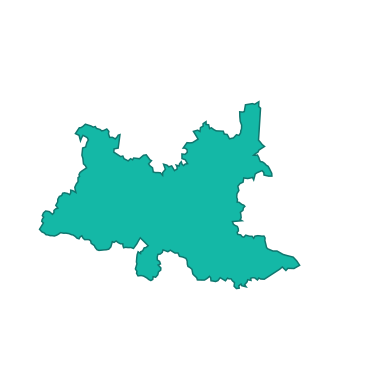 the district of Marau, Rio Grande do Sul, Brazil, rotated 211°
{"feature_id": "56859067B44475036687569", "entity_name": "Marau", "entity_type": "district", "adm_level": 2, "iso_a3": "BRA", "parent_name": "Brazil", "parent_adm1": "Rio Grande do Sul", "projection": "mercator", "projection_center": [-52.267, -28.487], "detail": "fine", "context": "isolated", "style": "filled", "palette": "teal", "viewbox_px": 384, "rotation_deg": 211, "n_neighbors": 0, "source": "geoboundaries", "source_scale": "gbopen_adm2", "svg_char_len": 4799}
<svg xmlns="http://www.w3.org/2000/svg" viewBox="0 0 384 384"><g transform="rotate(211 192 192)"><path d="M221.7,231.7L222.2,225.1L220.6,226.0L218.1,225.8L216.5,223.6L217.3,220.7L220.2,219.4L217.8,215.5L214.4,216.2L210.4,214.0L212.3,212.4L212.8,210.3L214.7,210.6L216.8,212.4L217.2,209.8L216.5,207.6L219.4,206.9L217.6,205.7L216.6,204.0L218.0,201.3L222.9,203.9L224.9,201.6L227.3,202.1L230.7,201.2L226.5,197.7L227.1,193.5L225.8,191.2L229.0,192.2L231.1,191.2L233.4,189.8L235.5,189.2L238.3,192.4L241.6,192.8L243.7,193.7L242.9,198.0L244.6,197.9L250.4,200.3L252.5,198.5L254.2,193.5L259.5,191.1L259.5,189.0L261.8,188.9L262.7,185.8L267.4,185.5L269.8,187.2L271.4,185.6L279.6,185.9L281.0,188.8L277.9,191.6L283.3,204.1L284.5,202.7L284.5,200.7L285.1,198.0L288.3,197.9L290.7,196.4L293.6,198.9L294.5,201.1L297.5,202.1L299.3,199.3L300.9,197.9L303.0,198.2L306.7,197.3L308.6,198.3L310.1,196.7L312.6,196.6L318.3,195.2L319.2,192.2L320.3,190.0L321.7,189.0L321.8,186.8L322.0,182.0L318.0,182.4L314.0,178.5L314.5,181.2L314.6,184.4L312.0,184.6L309.7,184.6L307.6,183.2L307.6,180.2L306.3,175.8L308.4,173.4L305.3,166.8L302.9,164.7L299.5,160.2L297.1,159.7L294.8,158.4L297.2,153.3L298.0,151.1L297.8,148.7L296.4,147.4L297.1,145.6L295.0,142.2L295.3,139.3L294.9,135.7L293.3,133.8L291.3,131.8L295.1,131.7L296.9,131.1L295.6,129.1L295.5,126.7L298.0,126.6L300.9,125.6L302.2,124.4L301.9,121.8L303.4,119.9L303.3,116.7L302.0,114.3L301.9,110.4L298.7,109.1L300.2,107.2L300.8,105.0L299.7,103.3L300.1,101.0L304.2,101.7L306.1,101.0L307.7,100.3L308.5,97.5L308.1,94.6L306.2,94.1L306.3,91.4L305.7,89.5L303.4,88.9L303.5,81.5L300.2,80.5L297.4,80.8L295.1,80.2L293.5,81.0L291.2,81.5L289.3,82.6L287.3,83.4L285.8,85.2L284.7,87.2L283.7,89.5L280.9,90.5L278.9,91.8L275.9,93.0L273.5,93.3L271.8,93.9L269.3,93.8L266.7,93.2L264.7,93.7L264.8,95.8L263.9,97.7L261.5,96.3L259.4,95.9L257.3,97.3L255.4,98.2L253.7,97.9L252.0,96.1L248.2,95.8L246.4,94.6L243.7,93.6L241.7,94.0L237.4,97.2L235.8,98.3L233.9,100.1L233.3,103.1L234.7,108.4L232.9,108.6L231.8,110.9L229.0,110.6L226.6,110.8L224.6,111.9L223.4,110.3L221.9,109.0L220.4,110.4L218.0,111.5L215.7,113.0L213.1,113.5L212.6,118.9L212.8,123.1L212.7,126.1L201.9,123.4L202.8,120.8L204.2,119.5L204.0,116.1L205.2,114.4L204.4,112.8L207.4,113.0L206.7,109.9L205.5,107.2L203.6,103.4L202.2,102.1L200.9,96.9L198.4,95.7L197.6,93.7L195.1,92.3L192.6,94.2L190.3,95.0L186.6,95.1L183.9,94.7L181.7,94.9L180.6,96.8L181.7,99.4L179.3,100.2L178.7,103.4L179.6,106.2L178.6,108.9L179.6,110.9L183.4,112.0L182.0,114.1L184.1,115.8L186.7,115.9L188.3,118.2L189.1,121.0L187.3,122.4L186.4,124.9L187.0,127.5L181.9,128.4L180.6,131.0L177.6,130.9L175.2,130.9L172.6,132.5L169.6,130.4L166.5,131.5L163.0,132.0L160.7,130.5L158.8,127.7L157.1,126.1L154.9,126.2L152.2,125.7L150.8,124.1L149.1,122.2L147.2,121.6L145.4,121.3L143.6,120.8L142.1,119.4L137.5,122.0L136.0,122.9L135.1,124.5L134.2,126.5L133.6,128.7L131.8,128.1L130.0,125.7L127.9,126.6L125.7,127.4L124.2,129.3L123.7,133.1L117.6,133.1L117.2,136.5L115.5,136.6L113.9,137.7L111.6,136.7L108.9,136.2L107.4,132.9L104.2,132.1L102.0,133.9L103.6,135.7L102.6,138.3L101.1,137.3L96.8,138.6L99.1,139.6L98.5,143.3L99.1,145.5L95.9,146.6L97.3,148.2L96.0,149.7L94.1,150.7L90.6,150.3L90.4,152.7L88.3,152.8L85.1,154.5L77.0,171.1L76.0,174.2L71.1,173.1L70.5,176.0L65.2,178.9L62.0,184.6L66.8,186.9L71.7,188.3L77.7,186.5L81.7,185.4L88.7,185.2L92.2,183.1L97.8,182.3L99.5,182.8L101.7,185.1L104.6,188.0L105.7,190.2L107.6,191.3L109.2,190.2L111.6,189.2L113.2,188.4L115.3,186.6L115.3,184.1L117.6,185.0L120.1,183.6L123.7,182.7L124.3,179.9L126.0,179.5L128.2,180.3L131.0,179.2L132.6,180.7L132.2,182.6L133.6,184.5L135.4,185.8L138.2,185.5L140.0,185.7L142.1,187.5L134.4,193.1L136.5,193.1L136.6,195.2L138.5,197.8L140.1,199.5L138.9,202.5L139.8,205.0L139.3,206.9L141.0,207.4L142.7,207.0L144.6,207.2L146.4,207.4L148.1,206.6L149.1,208.9L151.0,210.5L152.6,213.7L152.6,217.4L155.7,220.5L155.2,224.0L153.3,226.7L154.9,230.7L151.2,232.2L147.6,235.6L145.4,234.2L146.5,238.1L147.1,239.9L146.2,242.0L144.3,244.6L143.0,246.4L140.5,245.7L139.0,243.6L134.4,245.1L131.7,246.8L133.3,249.1L135.2,250.3L137.5,251.8L140.0,253.2L142.1,253.2L144.5,253.9L147.0,254.1L149.1,253.3L151.0,254.6L152.7,256.1L155.0,257.4L156.3,256.2L158.1,255.3L157.2,258.0L156.0,260.2L156.2,262.5L153.3,268.4L156.3,268.8L159.4,270.0L161.7,270.7L176.4,299.1L178.9,299.6L181.2,303.8L183.5,299.4L185.7,298.9L191.1,294.3L188.6,287.9L189.7,286.6L192.4,285.3L189.8,281.2L187.0,277.4L183.9,274.9L182.1,271.7L181.7,269.6L180.8,267.7L180.9,264.7L183.4,264.0L184.3,259.7L187.3,256.9L189.7,258.4L191.5,259.4L194.2,258.3L196.5,260.2L202.7,256.9L204.9,256.7L208.5,257.0L209.6,255.4L212.4,258.2L214.7,257.1L216.2,259.5L217.7,256.3L216.4,254.1L217.9,251.6L216.3,248.0L219.0,247.9L222.0,244.7L214.0,240.5L217.0,234.6L219.1,233.0L221.7,231.7Z" fill="#14b8a6" stroke="#0f766e" stroke-width="1.5"/></g></svg>